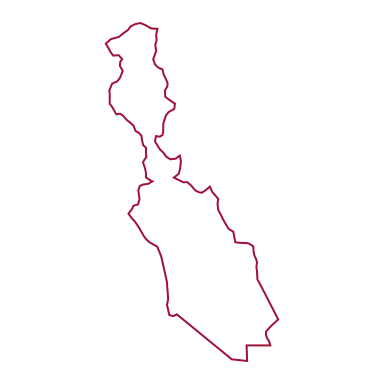 Japira, Paraná, Brazil
{"feature_id": "56859067B85982905121140", "entity_name": "Japira", "entity_type": "district", "adm_level": 2, "iso_a3": "BRA", "parent_name": "Brazil", "parent_adm1": "Paraná", "projection": "orthographic", "projection_center": [-50.179, -23.711], "detail": "fine", "context": "isolated", "style": "outline", "palette": "rose", "viewbox_px": 384, "rotation_deg": 0, "n_neighbors": 0, "source": "geoboundaries", "source_scale": "gbopen_adm2", "svg_char_len": 1994}
<svg xmlns="http://www.w3.org/2000/svg" viewBox="0 0 384 384"><path d="M157.4,28.8L151.2,28.5L145.6,25.2L140.3,23.0L135.3,24.1L130.6,26.4L127.9,30.1L123.5,33.1L118.9,36.9L110.9,39.1L105.8,43.6L108.4,48.0L110.4,51.8L113.1,55.6L118.7,55.2L122.2,59.2L120.2,61.9L119.9,65.9L122.8,70.9L119.9,78.0L117.2,81.4L112.1,83.6L109.3,90.5L109.8,94.7L109.7,99.4L109.7,103.7L112.3,107.2L116.4,114.4L119.9,113.7L123.0,115.6L126.8,120.0L130.8,123.1L133.5,125.7L135.6,131.0L139.1,133.1L141.6,136.0L141.9,139.6L143.1,145.0L146.1,147.9L145.9,152.7L146.4,156.9L144.6,159.5L143.0,162.3L144.8,167.6L146.1,173.2L145.9,177.2L148.5,179.2L152.4,181.4L147.9,183.9L142.8,184.6L139.9,185.9L138.3,190.1L139.5,199.4L138.0,204.4L133.5,205.8L132.2,208.7L128.5,213.6L131.8,218.3L135.0,221.6L139.7,228.8L143.9,236.2L146.1,239.1L148.3,241.3L150.9,243.1L154.1,244.9L157.2,246.5L160.9,255.6L161.8,258.9L166.2,278.6L167.0,282.4L167.2,286.5L167.6,291.5L168.2,298.8L167.0,304.8L169.3,315.0L173.1,316.1L176.9,314.4L216.1,346.5L231.7,359.3L247.1,361.0L246.6,345.4L270.3,345.4L269.0,341.2L267.1,338.3L266.0,334.9L266.0,331.5L271.0,326.1L278.2,319.4L260.4,284.8L257.4,279.4L257.0,271.3L256.4,266.9L257.0,262.3L256.1,259.1L254.3,255.2L253.5,250.7L253.3,246.4L249.8,244.0L246.8,243.0L240.8,242.9L235.4,242.3L234.4,237.7L233.3,231.7L228.6,228.9L225.9,224.3L223.5,220.3L221.7,216.4L218.2,209.9L217.5,203.5L218.3,198.9L215.4,195.5L212.1,191.7L209.9,186.6L205.2,190.5L201.6,192.8L198.4,192.0L195.3,190.4L191.1,185.5L187.4,182.2L183.4,182.3L173.9,177.6L178.9,173.6L180.0,168.9L180.6,164.5L180.9,160.7L179.8,155.6L175.5,158.7L170.3,159.3L166.5,156.9L162.9,152.2L159.9,149.4L157.2,145.0L155.0,141.4L156.0,136.1L159.7,136.7L162.5,135.0L163.2,131.4L163.3,123.7L164.7,119.1L166.0,115.3L168.5,112.2L174.3,108.9L174.9,103.6L169.2,99.8L165.2,96.7L164.9,90.7L167.4,86.2L167.5,82.8L165.6,78.4L163.7,74.6L162.5,69.5L157.8,67.3L155.0,64.4L153.2,59.2L156.2,51.0L155.2,44.8L156.6,40.2L156.2,34.7L157.4,28.8Z" fill="none" stroke="#9f1239" stroke-width="2"/></svg>